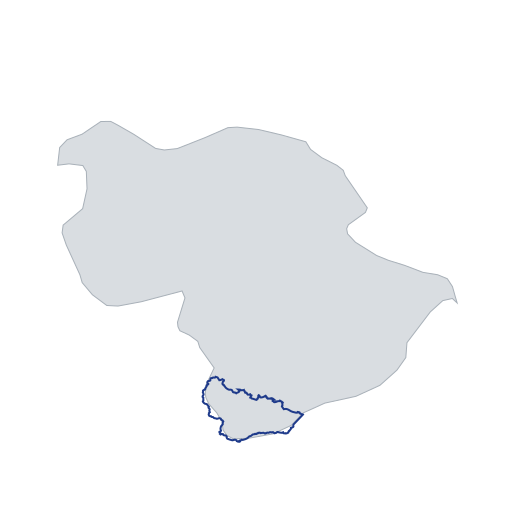 Kirehe, Eastern, Rwanda shown in context, rotated 71°
{"feature_id": "39286606B14634167117771", "entity_name": "Kirehe", "entity_type": "district", "adm_level": 2, "iso_a3": "RWA", "parent_name": "Rwanda", "parent_adm1": "Eastern", "projection": "natural_earth1", "projection_center": [30.661, -2.196], "detail": "fine", "context": "in_parent", "style": "outline", "palette": "blue", "viewbox_px": 512, "rotation_deg": 71, "n_neighbors": 0, "source": "geoboundaries", "source_scale": "gbopen_adm2", "svg_char_len": 6886}
<svg xmlns="http://www.w3.org/2000/svg" viewBox="0 0 512 512"><g transform="rotate(71 256 256)"><path d="M203.4,145.6L209.1,145.5L246.7,135.1L250.4,138.3L256.5,158.5L259.7,161.4L264.9,162.2L275.4,157.5L294.8,141.8L303.2,132.2L313.1,118.7L325.8,103.5L332.9,90.3L339.8,82.5L348.9,80.2L358.9,80.8L365.9,81.1L360.1,84.2L359.0,93.9L365.6,109.4L387.1,141.5L400.8,147.4L409.8,159.9L418.6,180.9L421.2,207.2L417.5,238.8L419.7,262.4L427.6,277.8L429.7,297.8L425.9,322.4L421.4,337.1L416.0,342.0L409.8,343.8L401.5,342.1L391.4,344.2L380.4,348.8L373.5,349.5L369.2,348.6L361.1,344.7L348.2,332.0L324.3,339.0L317.8,338.8L309.0,344.9L301.9,352.3L297.5,352.8L293.1,351.8L272.5,336.8L265.0,337.3L261.9,379.4L258.4,402.8L254.2,413.2L239.4,423.3L224.6,429.0L216.4,428.6L183.8,431.8L171.0,431.8L164.0,428.3L154.8,404.5L137.5,393.9L120.8,388.9L114.1,390.3L108.0,402.8L105.6,414.0L89.5,406.3L84.6,396.8L84.2,380.8L78.3,358.9L81.5,349.5L87.9,343.5L101.2,331.9L121.6,315.9L125.9,308.2L128.8,295.5L127.5,265.8L125.5,240.8L128.0,231.9L137.2,212.5L149.7,192.7L164.2,171.7L173.0,169.7L184.5,161.8L196.6,150.0L203.4,145.6Z" fill="#d9dde1" stroke="#a8b0b8" stroke-width="1"/><path d="M391.3,292.9L391.5,293.8L391.7,295.4L391.5,297.0L391.4,297.4L391.1,297.6L391.0,298.0L390.0,298.2L389.3,298.2L389.0,298.3L388.9,298.5L388.5,298.8L388.8,299.3L390.2,299.8L390.7,300.2L390.9,300.6L391.1,300.6L391.4,301.0L391.5,301.0L391.6,301.6L391.8,301.7L392.0,302.1L392.2,302.3L392.1,302.6L391.8,303.0L389.9,305.5L389.3,306.5L388.5,306.8L388.0,307.5L386.7,306.1L386.6,305.7L386.4,305.6L386.1,306.0L385.6,306.2L385.6,306.6L384.8,306.6L384.8,306.9L384.8,307.7L384.5,308.8L384.3,309.0L383.9,309.1L383.5,309.3L383.0,309.2L382.7,309.4L382.5,309.6L382.2,309.6L382.1,309.8L381.8,310.0L381.8,310.7L381.5,310.8L380.0,310.7L379.7,310.9L379.6,311.1L379.4,311.2L379.1,311.2L378.7,311.1L378.7,311.5L378.3,313.2L378.0,313.8L377.5,314.2L377.1,314.7L376.5,316.2L376.8,316.0L377.2,316.1L377.8,316.0L378.0,315.7L378.4,315.7L378.6,316.2L378.9,316.4L379.0,316.6L379.1,317.2L379.1,317.5L379.1,318.4L379.4,319.4L379.0,319.6L378.3,320.2L378.3,320.4L378.0,320.6L377.9,321.1L377.5,321.8L377.1,322.1L376.7,322.1L375.2,322.4L374.7,322.6L374.1,323.5L373.7,324.9L373.2,325.6L372.7,326.0L372.2,326.5L371.0,327.3L369.8,327.8L369.0,327.9L368.5,328.3L368.1,328.3L367.8,328.5L367.5,328.4L367.0,328.8L366.9,329.1L366.3,329.3L366.0,329.2L365.9,329.3L365.5,329.2L365.4,329.0L365.2,328.9L364.4,328.5L364.2,328.3L363.9,327.8L363.7,327.2L363.2,326.8L362.6,326.8L362.2,327.4L361.7,327.8L361.8,327.9L361.6,328.3L361.7,330.0L361.5,330.6L361.5,331.1L358.3,331.9L357.1,333.5L357.4,333.7L357.6,334.4L357.4,335.1L357.2,335.4L356.9,336.1L356.9,336.3L357.2,337.1L356.9,337.9L356.8,338.2L357.0,338.8L357.2,339.0L358.1,339.5L358.3,339.6L358.6,339.6L358.8,339.8L358.9,340.0L358.9,340.8L358.7,342.0L359.0,342.7L359.5,343.1L360.3,343.3L360.8,343.1L361.2,342.7L361.5,342.7L361.7,342.9L362.0,343.7L362.1,344.6L362.3,344.9L362.6,345.0L363.0,345.0L363.7,345.8L364.0,346.4L364.4,346.7L365.3,347.3L365.3,347.5L365.5,347.5L365.7,347.9L365.7,348.3L365.7,349.2L366.0,349.9L366.6,350.0L367.2,350.4L367.7,350.7L368.7,350.5L370.0,350.7L370.6,351.3L370.7,351.6L370.9,351.9L371.5,352.3L371.9,352.4L372.6,352.0L372.9,351.9L373.9,352.4L375.0,352.6L375.5,352.8L375.8,353.1L375.9,353.3L376.1,353.6L376.7,353.6L377.8,353.2L378.9,352.5L379.4,351.8L379.8,351.1L380.1,350.7L380.9,350.3L381.4,350.4L381.7,350.3L382.4,349.8L382.9,349.6L383.2,349.6L383.5,350.0L383.9,350.3L384.1,350.3L385.0,349.9L385.6,349.7L386.1,349.8L386.8,350.4L387.0,350.4L388.0,350.6L388.6,350.5L388.9,351.2L389.2,351.7L389.7,351.8L390.6,352.4L391.6,352.3L391.8,352.3L392.6,351.5L392.7,351.3L392.7,350.9L392.8,350.7L393.5,350.5L393.8,350.2L394.1,349.4L394.3,349.1L395.6,348.4L396.1,347.6L396.5,346.8L397.0,346.3L397.2,345.9L397.3,345.2L397.3,343.8L397.4,343.5L398.1,342.4L398.5,342.2L399.1,342.3L399.5,342.2L399.8,342.0L400.5,341.2L401.8,340.8L402.6,341.6L403.3,341.9L404.4,342.3L405.0,343.5L405.4,344.2L406.3,345.0L407.7,345.8L408.6,346.0L409.4,345.9L409.6,345.9L409.9,346.1L410.3,346.6L410.3,347.6L410.3,347.8L410.5,347.9L410.8,348.0L412.2,347.4L412.6,347.6L413.0,347.6L413.0,347.8L413.2,347.7L413.0,346.6L413.5,346.1L413.5,345.4L413.8,345.1L414.2,345.2L414.9,344.9L415.3,344.2L415.5,344.0L415.6,343.6L415.8,343.0L417.3,342.4L417.7,342.6L417.8,342.8L418.0,342.8L418.7,342.8L419.4,342.6L419.7,342.3L420.2,341.5L420.9,340.9L421.1,340.3L422.0,339.3L422.7,338.0L422.7,337.7L422.5,337.3L422.6,337.1L422.8,336.3L422.7,336.1L422.9,335.7L423.1,335.2L423.9,334.4L424.5,334.3L424.8,334.4L425.0,334.1L425.6,333.6L425.9,332.9L426.1,332.6L426.3,332.0L426.2,331.7L425.6,332.0L425.3,332.0L425.2,331.3L425.4,330.6L425.0,329.6L425.5,328.7L425.6,328.2L425.7,326.0L425.6,324.2L425.5,323.8L425.3,323.4L425.2,322.8L424.9,322.3L424.7,321.8L424.4,321.1L424.3,320.9L424.5,320.4L424.5,319.6L424.2,318.5L423.8,317.6L423.7,317.3L423.8,316.5L424.0,315.6L423.8,314.9L423.8,314.7L424.2,314.4L424.4,314.1L424.4,313.6L424.4,313.1L424.3,312.9L424.0,312.6L424.0,312.4L424.3,311.9L424.2,311.5L424.0,311.3L424.1,311.1L424.1,310.4L424.3,310.1L424.6,309.5L424.9,309.5L425.0,309.2L425.1,308.4L425.3,307.7L425.5,306.6L425.9,306.1L426.2,305.9L426.4,305.7L426.5,305.4L426.8,305.2L426.6,304.6L426.9,303.9L426.7,303.3L426.6,303.0L426.8,302.5L427.2,301.8L427.2,300.8L427.1,300.3L427.3,299.8L427.5,299.2L427.8,298.8L428.0,298.4L427.9,297.9L428.2,297.5L428.2,297.3L428.2,297.2L428.5,297.1L429.1,296.5L429.5,296.4L429.7,296.1L429.7,294.8L429.8,294.2L429.3,293.3L429.3,293.1L429.8,292.2L430.0,292.1L430.3,291.5L430.8,290.8L431.0,290.3L431.4,289.7L431.5,289.0L431.5,287.8L432.3,287.9L432.7,287.4L433.0,286.8L433.0,286.1L433.1,285.9L433.5,285.7L433.7,284.6L433.5,284.0L433.6,283.5L433.5,283.0L432.7,282.5L432.6,282.0L432.4,281.7L432.1,281.7L431.9,280.9L431.4,280.2L431.1,279.6L430.5,279.1L429.8,278.9L429.8,278.1L430.0,277.6L429.7,276.5L429.5,276.2L429.2,276.1L428.5,276.0L428.1,275.8L427.5,275.4L421.2,263.2L421.0,263.3L421.0,263.8L420.9,263.9L420.5,264.2L420.3,264.7L419.5,265.1L419.3,265.6L418.9,266.0L418.5,265.8L418.0,265.8L417.3,266.8L417.0,267.4L417.5,267.9L417.5,268.3L417.1,269.3L415.3,272.1L414.1,273.5L412.2,275.1L411.3,276.0L410.9,276.5L410.4,277.3L410.1,278.2L409.9,279.6L406.7,280.5L406.0,280.0L405.9,279.7L405.5,279.7L405.1,279.5L404.7,279.2L404.3,279.0L403.8,279.0L403.4,279.2L403.1,278.5L402.1,279.1L400.5,280.5L400.7,280.8L400.9,280.9L400.4,282.6L400.5,284.1L400.4,284.5L400.5,284.9L400.2,286.3L399.7,286.7L398.3,287.2L398.3,287.4L397.5,287.2L397.9,285.5L396.9,286.1L396.7,286.3L396.1,286.7L396.0,287.0L395.6,287.4L395.5,287.7L395.7,287.9L395.5,288.1L395.7,288.4L395.5,288.6L395.6,288.8L395.4,289.4L395.2,289.6L395.0,290.0L394.8,290.3L394.9,290.6L394.9,291.0L394.8,291.3L394.6,291.5L393.8,291.7L393.6,292.0L393.4,292.0L393.1,291.8L392.7,291.8L392.3,292.1L392.1,292.6L391.6,292.3L391.3,292.3L391.2,292.4L391.3,292.9Z" fill="none" stroke="#1e3a8a" stroke-width="2"/></g></svg>